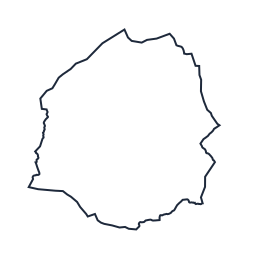 outline of Erdenecogt, Bayanhongor, Mongolia, rotated 279°
{"feature_id": "93677404B84319182599857", "entity_name": "Erdenecogt", "entity_type": "district", "adm_level": 2, "iso_a3": "MNG", "parent_name": "Mongolia", "parent_adm1": "Bayanhongor", "projection": "orthographic", "projection_center": [100.913, 46.548], "detail": "fine", "context": "isolated", "style": "outline", "palette": "slate", "viewbox_px": 256, "rotation_deg": 279, "n_neighbors": 0, "source": "geoboundaries", "source_scale": "gbopen_adm2", "svg_char_len": 3534}
<svg xmlns="http://www.w3.org/2000/svg" viewBox="0 0 256 256"><g transform="rotate(279 128 128)"><path d="M183.4,66.4L177.1,62.0L177.1,61.9L170.9,55.3L166.9,51.7L159.7,48.9L155.4,47.1L152.0,41.9L143.4,36.8L133.4,39.9L133.6,44.7L132.7,45.1L132.1,45.5L131.7,45.8L131.3,46.0L130.7,46.0L130.5,45.9L130.1,45.8L129.0,45.4L128.9,45.4L128.1,45.9L127.8,46.1L127.4,46.4L126.6,47.2L126.3,47.2L126.2,47.2L125.6,46.8L125.4,46.6L124.9,46.3L123.9,45.5L123.1,45.1L122.5,44.8L120.8,44.1L119.9,44.0L119.6,44.1L119.3,44.3L119.2,44.4L118.8,44.7L118.0,45.1L117.5,45.5L117.1,45.6L116.8,45.6L116.4,45.6L115.9,45.3L115.5,45.2L115.0,45.3L114.3,45.7L113.9,45.8L113.6,45.7L113.3,45.9L112.8,45.7L112.2,45.4L111.5,45.5L111.0,45.3L110.7,45.3L110.3,45.0L110.0,44.8L109.6,45.0L109.0,45.3L108.7,45.6L108.2,45.6L107.7,45.5L107.3,45.4L107.0,45.5L106.4,45.7L106.0,46.0L105.5,46.1L105.3,46.1L104.7,45.6L103.8,45.2L96.1,44.0L90.3,40.0L89.6,40.9L89.3,40.8L89.0,41.0L88.6,41.7L88.3,42.4L87.9,42.8L87.4,43.1L87.0,43.3L86.6,43.4L86.2,43.5L85.7,43.5L85.3,43.8L84.9,44.1L84.4,44.2L83.9,44.0L83.6,43.9L83.3,43.5L82.7,43.0L82.3,42.7L82.0,42.7L81.2,42.9L80.3,43.1L79.9,42.9L79.7,42.4L79.6,42.1L79.3,42.3L78.3,42.9L76.7,43.7L75.3,44.4L71.8,46.3L70.2,47.3L69.2,47.6L68.8,47.7L68.4,47.6L68.0,47.2L67.7,46.8L67.5,46.2L67.5,45.6L67.5,45.1L67.4,44.8L67.2,44.6L66.9,44.4L66.8,44.1L66.7,43.7L66.5,43.0L66.2,42.4L65.8,42.0L65.3,41.7L64.9,41.6L64.4,41.5L62.7,42.2L54.1,39.2L53.5,48.8L54.7,66.1L55.5,73.6L52.8,78.4L51.2,82.4L47.0,89.3L42.5,93.1L36.5,100.2L34.3,102.1L37.9,108.8L32.1,112.5L30.3,116.1L29.6,119.5L29.3,127.6L28.4,135.2L29.8,140.6L28.6,144.5L29.1,152.0L31.0,153.3L32.4,154.4L33.0,154.6L33.8,154.4L34.5,153.8L35.3,153.7L35.9,153.9L36.6,154.3L37.0,154.9L37.0,156.3L37.5,158.1L37.9,158.8L38.7,159.3L39.4,159.9L39.9,161.2L40.7,163.4L41.0,164.6L40.9,165.5L40.6,166.2L40.5,167.1L40.9,169.1L42.0,173.6L43.0,173.5L44.2,173.2L45.4,173.2L46.3,173.3L46.9,173.6L47.1,174.5L47.0,175.2L47.2,175.7L47.8,176.4L48.1,176.9L48.7,178.4L49.2,179.6L49.1,180.7L49.7,182.0L50.8,183.5L52.4,184.5L53.2,185.3L53.5,185.9L53.8,186.3L54.5,186.7L55.8,187.2L57.5,187.8L59.5,188.6L62.2,190.6L63.4,191.7L65.6,193.2L66.8,197.6L66.6,198.4L65.9,199.2L65.1,199.6L64.4,199.9L64.1,200.4L64.0,200.9L64.5,202.5L64.4,203.5L64.6,204.1L64.3,205.0L64.6,205.7L63.8,206.3L63.5,206.9L64.1,208.5L64.2,209.2L64.0,210.0L64.2,210.8L64.1,211.6L64.3,212.1L64.6,212.4L65.1,212.8L65.3,213.5L70.9,210.9L81.9,213.3L91.9,211.8L107.9,219.2L108.7,218.5L109.1,218.2L109.4,217.9L109.6,217.3L109.8,216.9L110.1,216.7L111.2,216.2L111.8,215.8L112.7,214.8L113.3,214.2L113.8,213.5L114.1,213.1L114.6,212.6L115.1,211.8L115.3,211.1L115.5,210.7L115.4,209.9L115.6,209.3L115.9,209.0L116.6,208.7L117.2,208.6L117.8,208.2L118.8,207.6L119.2,207.0L119.4,206.5L119.7,206.0L120.1,205.1L120.3,204.7L120.7,204.3L121.6,203.9L123.9,202.0L128.8,204.3L130.9,206.5L131.6,207.1L132.2,207.8L132.7,208.2L133.6,208.7L134.5,209.2L135.1,209.5L136.0,210.4L136.9,211.2L137.8,211.8L138.8,212.5L139.8,212.8L140.3,213.0L140.7,213.2L141.0,213.6L141.3,214.0L141.8,214.3L142.0,214.6L142.2,215.0L145.0,217.9L146.1,215.6L153.1,208.9L155.8,207.5L158.4,203.4L166.2,198.8L175.7,194.3L187.1,192.7L191.5,190.3L200.4,188.6L200.0,185.0L211.3,179.1L210.1,174.5L210.3,171.8L210.9,171.7L211.5,171.5L212.2,171.2L213.3,170.8L214.1,170.3L214.8,169.9L216.0,168.9L216.6,167.9L216.8,166.4L216.9,164.7L217.3,162.9L223.5,159.4L227.6,154.4L220.8,142.3L218.0,133.0L214.5,128.2L214.6,118.0L217.4,113.8L224.7,109.1L207.7,89.5L189.5,76.6L183.4,66.4Z" fill="none" stroke="#1e293b" stroke-width="2"/></g></svg>